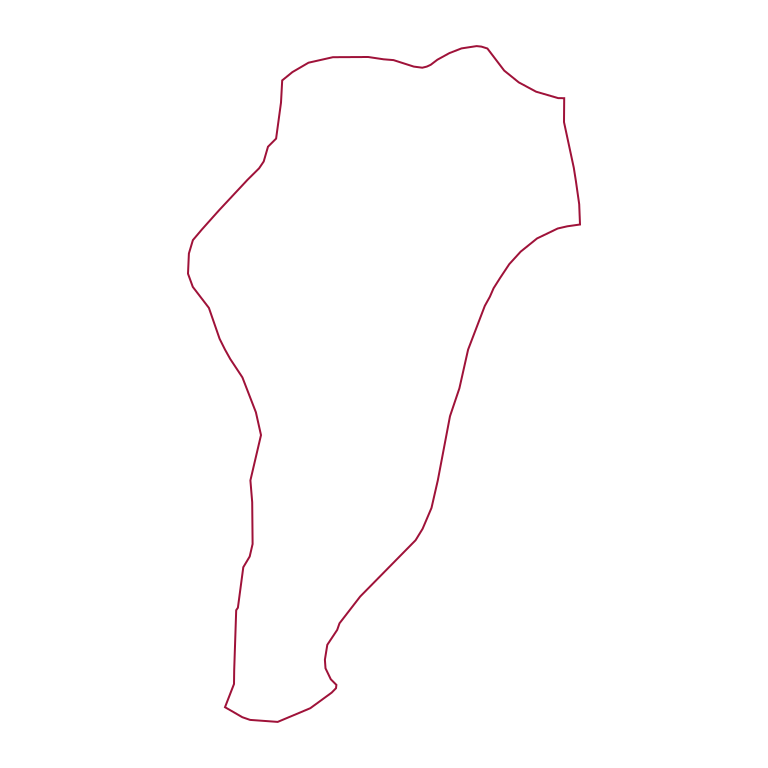 the district of Santa Cruz del Quiché, Quiché, Guatemala
{"feature_id": "79465075B15247969306160", "entity_name": "Santa Cruz del Quiché", "entity_type": "district", "adm_level": 2, "iso_a3": "GTM", "parent_name": "Guatemala", "parent_adm1": "Quiché", "projection": "orthographic", "projection_center": [-91.122, 15.026], "detail": "fine", "context": "isolated", "style": "outline", "palette": "rose", "viewbox_px": 768, "rotation_deg": 0, "n_neighbors": 0, "source": "geoboundaries", "source_scale": "gbopen_adm2", "svg_char_len": 1173}
<svg xmlns="http://www.w3.org/2000/svg" viewBox="0 0 768 768"><path d="M580.0,224.5L579.2,204.2L575.9,181.1L573.8,167.8L565.8,130.5L564.0,122.1L564.2,98.2L558.1,98.1L536.1,91.7L518.8,82.4L504.2,70.6L487.4,48.5L481.4,46.6L476.6,46.1L461.5,48.4L449.4,53.1L437.4,59.7L430.7,64.8L426.8,66.6L422.3,67.7L413.8,66.6L393.5,60.1L383.6,59.3L368.2,57.0L332.9,57.2L308.5,62.7L292.4,72.1L282.2,80.4L281.0,102.6L276.1,138.6L268.0,146.7L263.7,161.5L259.1,168.3L247.6,179.7L219.3,210.0L213.2,216.8L201.7,229.7L192.9,240.1L188.9,253.5L188.0,273.7L192.8,286.9L208.9,307.9L219.6,338.8L225.0,349.6L230.3,359.1L242.4,377.4L255.9,412.3L261.0,435.1L250.4,480.4L252.2,502.2L252.6,544.0L249.7,556.5L243.3,567.2L237.9,607.7L236.2,610.2L234.2,670.0L234.0,684.0L225.0,707.2L242.3,717.2L250.1,719.9L277.7,721.9L310.3,708.2L331.7,692.6L336.0,688.2L336.4,684.9L330.8,679.3L325.5,668.3L324.9,659.7L327.3,644.8L337.2,629.9L339.5,623.3L360.2,596.5L415.6,540.2L422.6,528.8L431.5,507.9L437.8,480.4L450.0,416.2L459.4,388.3L468.1,349.6L484.8,305.9L489.9,296.7L493.6,288.2L500.2,277.8L509.3,264.1L520.7,251.6L537.1,238.4L557.7,228.5L567.3,226.3L580.0,224.5Z" fill="none" stroke="#9f1239" stroke-width="2"/></svg>